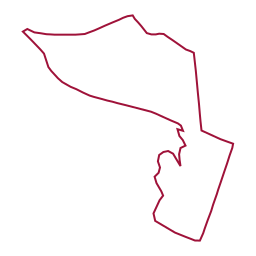 outline of Balneário Pinhal, Rio Grande do Sul, Brazil
{"feature_id": "56859067B35823111888461", "entity_name": "Balneário Pinhal", "entity_type": "district", "adm_level": 2, "iso_a3": "BRA", "parent_name": "Brazil", "parent_adm1": "Rio Grande do Sul", "projection": "robinson", "projection_center": [-50.295, -30.225], "detail": "fine", "context": "isolated", "style": "outline", "palette": "rose", "viewbox_px": 256, "rotation_deg": 0, "n_neighbors": 0, "source": "geoboundaries", "source_scale": "gbopen_adm2", "svg_char_len": 1370}
<svg xmlns="http://www.w3.org/2000/svg" viewBox="0 0 256 256"><path d="M233.1,143.7L226.6,141.4L220.3,139.1L201.5,130.5L200.5,121.3L199.8,113.6L199.0,104.1L197.8,92.2L197.1,84.6L195.8,70.7L193.8,52.8L190.3,51.1L185.9,49.5L172.5,40.1L167.7,36.9L163.7,34.0L159.2,33.7L155.8,34.4L151.4,34.4L146.8,33.1L141.3,26.1L138.1,22.4L134.8,18.9L132.7,15.4L127.5,16.2L123.1,17.8L119.0,19.8L112.9,22.3L104.9,25.7L99.4,28.2L94.4,30.4L89.0,32.4L84.8,34.0L79.5,34.4L74.9,34.7L70.3,34.7L61.0,34.7L55.1,34.7L50.5,34.4L46.3,34.2L41.0,33.3L34.4,32.4L27.3,29.0L22.9,31.6L30.7,39.4L40.4,49.5L44.0,53.6L48.4,67.1L51.3,71.0L58.0,78.3L62.3,82.1L70.6,86.8L76.4,89.2L83.1,92.6L89.7,95.6L93.9,96.9L102.2,99.1L107.1,100.5L112.4,101.7L117.3,103.1L125.9,105.2L151.0,111.7L156.0,113.7L163.0,116.9L171.0,120.5L177.9,123.4L180.9,125.6L183.0,130.8L177.5,129.2L179.4,136.0L182.8,140.1L185.5,145.6L180.5,148.0L179.1,154.2L179.6,159.9L180.5,166.1L175.8,158.3L173.1,153.7L168.1,151.0L163.4,152.0L159.2,155.0L157.9,161.3L160.0,167.5L158.6,172.8L154.6,176.7L156.5,183.1L161.3,191.3L163.1,195.6L159.6,200.2L153.5,213.4L155.2,220.9L175.0,232.6L185.7,236.9L190.9,238.9L194.9,240.5L199.9,240.6L203.2,233.2L204.7,228.6L207.7,220.2L211.2,211.0L213.1,204.7L215.0,199.3L216.9,193.9L218.1,189.9L220.5,182.9L224.5,171.0L227.1,163.4L229.6,155.5L232.3,147.9L233.1,143.7Z" fill="none" stroke="#9f1239" stroke-width="2"/></svg>